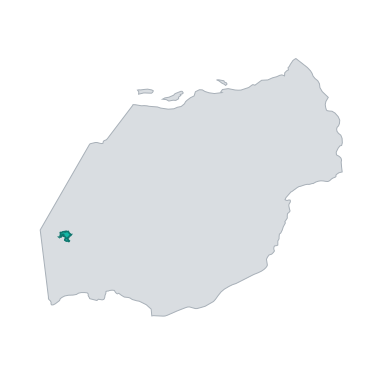 Musoma, Mara, United Republic of Tanzania shown in context, rotated 263°
{"feature_id": "72390352B7456768278221", "entity_name": "Musoma", "entity_type": "district", "adm_level": 2, "iso_a3": "TZA", "parent_name": "United Republic of Tanzania", "parent_adm1": "Mara", "projection": "equal_earth", "projection_center": [33.547, -1.825], "detail": "fine", "context": "in_parent", "style": "filled", "palette": "teal", "viewbox_px": 384, "rotation_deg": 263, "n_neighbors": 0, "source": "geoboundaries", "source_scale": "gbopen_adm2", "svg_char_len": 6412}
<svg xmlns="http://www.w3.org/2000/svg" viewBox="0 0 384 384"><g transform="rotate(263 192 192)"><path d="M149.9,280.9L146.4,278.4L143.2,276.9L140.6,275.2L139.5,273.6L137.0,273.0L134.9,272.7L132.9,271.2L128.9,270.7L128.5,269.7L128.4,267.4L127.7,266.8L126.2,266.3L124.7,266.3L123.7,266.6L123.1,266.4L121.8,265.1L120.6,263.5L120.1,260.8L118.3,259.1L116.2,257.7L110.3,257.9L109.3,257.4L107.9,256.1L106.3,253.9L105.0,251.3L103.8,247.8L102.6,243.2L95.8,224.5L95.1,221.0L93.7,217.0L91.6,212.2L89.3,208.7L86.1,205.4L82.6,202.2L80.7,200.0L77.0,191.2L76.3,187.1L75.7,182.8L75.9,181.1L78.2,175.6L78.4,174.0L78.1,172.0L77.0,167.6L75.6,162.2L72.7,152.6L72.2,150.1L72.3,148.3L74.0,138.4L73.9,137.0L80.7,137.2L85.7,132.9L90.0,126.4L90.8,123.8L92.6,119.6L94.3,117.6L95.0,116.1L96.0,112.0L98.2,109.2L100.4,107.0L100.0,105.5L100.3,105.0L101.5,103.9L103.8,102.9L104.3,100.7L104.3,98.2L103.9,96.9L104.0,95.3L103.6,94.4L102.1,94.2L99.8,93.0L97.9,92.5L96.6,91.8L96.1,91.2L95.9,89.7L97.0,86.0L95.9,84.4L98.3,78.2L98.7,77.4L99.6,77.3L100.9,76.6L102.2,76.3L103.2,76.6L104.0,76.3L104.7,75.6L105.2,73.5L105.7,69.9L105.4,67.0L104.4,64.8L104.2,61.4L104.6,56.8L104.3,53.0L103.2,50.0L102.1,48.2L100.4,47.3L97.7,42.7L96.9,40.4L97.0,39.0L98.0,38.4L99.7,38.7L101.3,38.1L102.8,36.8L104.2,36.5L105.0,36.7L172.8,36.7L251.9,96.2L252.3,96.9L252.9,102.0L252.7,103.8L251.5,106.7L251.1,108.3L251.1,109.3L251.4,109.7L252.5,109.9L253.4,110.6L253.7,111.2L254.3,113.4L255.2,114.5L285.2,143.7L285.9,144.1L285.5,146.5L283.7,152.5L283.6,154.9L283.0,157.9L282.3,159.8L280.6,168.1L279.1,171.2L277.1,178.5L276.8,184.1L277.9,188.0L278.2,191.7L280.5,195.3L282.4,196.6L283.6,198.2L285.8,202.0L287.1,205.8L291.1,207.6L292.6,211.8L292.1,214.7L290.2,217.1L288.4,221.0L287.0,226.2L287.0,234.0L287.9,232.8L290.0,234.7L290.2,240.5L288.0,247.2L287.4,250.3L287.2,253.0L288.8,261.0L291.1,265.1L290.9,266.4L290.3,267.4L294.4,274.7L294.0,280.9L295.5,285.8L296.1,290.1L297.1,293.3L297.3,295.5L296.0,298.0L299.0,298.6L300.7,300.7L301.5,302.6L303.7,302.5L304.8,303.9L306.5,305.0L310.2,308.2L311.2,309.9L311.8,311.4L301.5,321.7L297.8,324.4L295.2,325.6L292.3,326.3L289.7,327.9L287.1,330.4L283.9,331.7L280.0,331.7L275.8,333.5L269.3,338.8L265.5,335.9L262.6,334.9L259.2,335.0L257.1,335.4L256.3,336.0L255.7,337.8L255.1,340.8L252.9,343.6L248.9,346.3L245.3,347.4L242.0,346.7L239.8,345.5L238.6,344.0L236.9,343.2L234.6,343.3L232.4,344.5L230.3,346.6L227.0,347.5L222.5,347.2L220.0,346.2L219.7,344.4L217.7,342.4L214.0,340.0L211.3,339.9L209.6,342.2L208.0,343.7L206.6,344.2L205.3,344.3L203.5,343.7L198.4,343.5L193.6,343.5L193.2,340.2L192.2,338.2L191.3,337.0L189.7,336.7L189.2,335.8L188.7,333.7L187.9,332.0L186.8,330.5L186.1,329.2L185.9,328.0L186.1,326.6L187.1,323.2L187.4,320.9L187.3,318.5L186.8,316.1L185.6,313.2L185.8,312.3L185.4,310.4L185.3,309.0L185.6,307.2L185.4,305.0L184.4,300.1L184.4,298.9L183.3,296.5L180.2,291.0L180.0,290.2L175.0,284.6L173.0,283.4L172.3,284.5L172.0,285.4L172.3,287.2L172.1,288.1L171.9,288.5L170.7,288.5L170.0,288.3L168.1,286.8L166.6,286.4L163.0,286.7L161.7,287.0L160.7,286.7L158.8,284.1L156.5,283.6L154.5,283.4L151.1,280.5L149.9,280.9ZM291.7,187.2L293.3,193.3L293.1,194.5L291.9,195.2L291.3,195.3L290.6,194.3L290.1,192.2L289.2,192.7L287.7,190.2L286.2,190.1L284.9,187.1L285.4,184.5L285.1,180.1L286.8,177.8L287.7,174.0L288.7,176.6L288.9,180.7L290.3,185.5L291.7,187.2ZM299.8,150.3L299.9,151.8L299.6,153.2L299.6,157.6L299.5,160.5L298.2,164.5L297.2,165.9L296.3,165.5L295.6,164.9L295.0,163.8L296.2,156.3L295.6,150.9L297.9,151.4L299.8,150.3ZM296.1,239.5L294.9,239.9L294.4,239.5L293.7,238.3L295.0,237.2L296.2,235.2L299.0,232.3L300.3,230.0L300.1,232.2L298.5,237.2L297.2,237.6L296.1,239.5Z" fill="#d9dde1" stroke="#a8b0b8" stroke-width="1"/><path d="M168.4,62.0L168.4,61.8L168.2,61.7L167.9,61.5L167.9,61.4L167.6,61.1L167.7,60.9L167.9,60.8L168.0,60.7L168.2,60.4L168.3,60.4L168.3,60.1L168.3,59.9L168.2,59.6L168.2,59.4L168.2,59.1L168.2,58.5L168.1,58.4L167.9,58.3L167.7,57.8L167.6,57.4L167.6,57.2L167.8,57.0L167.9,56.9L167.9,56.5L167.9,56.4L167.6,56.2L167.3,56.2L167.1,56.0L167.0,55.9L167.0,55.7L166.9,56.1L166.8,56.4L166.7,56.5L166.4,56.5L166.4,56.4L166.1,56.3L165.9,56.5L165.7,56.5L165.6,56.2L165.4,56.2L165.2,56.1L164.9,56.2L164.8,56.4L164.6,56.5L164.3,56.5L164.3,56.4L164.2,56.4L164.2,56.5L164.2,56.4L164.1,56.5L163.9,56.5L163.8,56.4L163.7,56.2L163.5,56.3L163.4,56.3L163.4,56.2L163.3,56.3L163.2,56.3L163.2,56.5L163.3,56.6L163.5,56.8L163.8,56.8L163.9,57.0L164.0,57.3L164.3,57.4L164.3,57.5L164.3,57.8L164.5,58.0L164.8,58.2L165.0,58.1L165.0,58.3L165.3,58.4L165.5,58.4L165.5,58.5L165.6,58.8L165.8,58.8L165.8,59.0L165.7,59.2L165.6,59.5L165.3,59.5L165.3,59.4L165.2,59.4L164.9,59.3L164.8,59.2L164.7,59.0L164.5,58.8L164.4,58.8L164.2,59.0L164.1,58.9L163.9,58.9L163.8,59.0L163.9,59.3L163.7,59.5L163.8,59.7L163.8,59.8L163.7,59.9L163.6,60.0L163.4,60.3L163.2,60.4L163.0,60.5L163.0,60.4L162.9,60.4L162.9,60.5L162.6,60.9L162.4,61.0L161.9,61.2L161.7,61.2L161.3,61.1L161.2,61.0L161.1,60.9L161.1,60.7L161.1,60.2L161.1,59.8L161.2,59.7L161.1,59.8L160.9,60.0L160.7,60.2L160.4,60.1L160.2,60.0L160.2,59.9L159.8,59.8L159.7,59.8L159.4,60.2L159.3,60.3L159.1,60.5L158.9,60.7L158.8,60.8L158.7,61.0L158.5,61.4L158.6,61.5L158.5,61.8L158.4,62.4L158.4,62.7L158.5,62.8L158.4,62.9L158.2,63.2L158.0,63.4L157.9,63.4L157.8,63.6L157.8,63.8L158.0,64.1L158.3,64.3L158.4,64.2L158.5,64.3L158.6,64.2L158.8,64.1L159.1,63.6L159.4,63.5L159.5,63.5L159.7,63.2L160.0,63.1L160.2,62.9L160.3,63.0L160.4,62.9L160.5,62.8L160.6,62.7L160.6,62.8L160.8,62.8L160.9,62.7L161.1,62.2L161.1,62.4L161.3,62.3L161.4,62.5L161.4,62.9L161.5,62.9L161.5,63.0L161.7,62.9L161.8,62.9L162.0,63.3L162.2,63.6L161.9,63.9L161.7,64.1L161.7,64.3L161.7,64.5L161.8,64.3L162.0,64.4L162.3,64.4L162.4,64.5L162.4,64.8L162.4,64.7L162.5,64.6L162.8,64.6L163.0,64.7L163.2,64.8L163.2,65.0L163.1,65.4L163.2,65.5L163.2,65.4L163.4,65.5L163.4,65.3L163.5,65.6L163.8,65.7L163.8,65.8L163.7,65.8L163.6,66.0L163.6,66.3L163.8,66.5L164.0,66.8L164.3,67.0L164.3,66.9L164.4,67.0L164.4,66.8L164.5,66.8L164.6,66.7L164.6,66.8L164.8,66.4L165.0,66.3L165.0,66.1L165.2,65.9L165.4,65.8L165.5,65.8L165.6,65.7L165.8,65.5L165.8,65.4L166.0,65.3L166.0,65.2L166.3,64.9L166.6,64.9L166.9,64.9L167.0,64.8L167.0,64.7L167.3,64.5L167.5,64.6L167.8,64.4L168.0,64.3L167.9,64.1L167.9,63.8L167.8,63.7L167.9,62.8L167.9,62.6L168.1,62.6L168.3,62.6L168.3,62.4L168.4,62.0ZM163.8,54.8L163.9,54.7L163.8,54.8ZM163.5,54.5L163.5,54.4L163.4,54.5L163.5,54.5Z" fill="#14b8a6" stroke="#0f766e" stroke-width="1.5"/></g></svg>